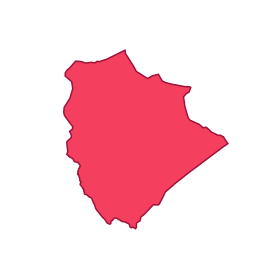 Lom-Et-Djerem, Est, Cameroon, rotated 143°
{"feature_id": "32672807B76674513300734", "entity_name": "Lom-Et-Djerem", "entity_type": "district", "adm_level": 2, "iso_a3": "CMR", "parent_name": "Cameroon", "parent_adm1": "Est", "projection": "natural_earth1", "projection_center": [14.12, 5.232], "detail": "fine", "context": "isolated", "style": "filled", "palette": "rose", "viewbox_px": 256, "rotation_deg": 143, "n_neighbors": 0, "source": "geoboundaries", "source_scale": "gbopen_adm2", "svg_char_len": 2245}
<svg xmlns="http://www.w3.org/2000/svg" viewBox="0 0 256 256"><g transform="rotate(143 128 128)"><path d="M57.6,55.4L57.5,59.6L57.1,63.5L58.7,66.8L60.4,67.9L63.7,74.3L65.0,81.4L68.0,83.2L68.9,88.1L72.3,94.1L73.8,97.0L73.8,99.9L69.8,110.7L67.1,115.4L65.0,119.4L61.4,120.3L57.4,120.0L53.5,122.6L54.0,123.9L58.0,127.1L63.3,133.0L66.5,136.4L70.5,141.5L72.4,144.8L72.0,148.2L71.4,152.6L77.4,155.1L82.6,155.7L87.3,168.2L86.5,173.3L86.4,174.0L85.2,189.0L83.5,191.9L91.7,193.5L103.4,195.7L109.6,197.8L111.1,198.3L112.4,199.8L115.4,200.0L118.0,202.7L122.4,205.1L125.5,209.3L129.5,212.9L133.5,212.1L138.7,211.1L142.1,210.8L145.0,209.7L146.9,207.3L145.1,198.9L148.5,192.6L156.7,186.6L166.5,182.9L169.9,179.2L171.2,176.1L171.4,167.2L171.3,162.6L171.9,161.7L173.3,160.4L176.6,160.6L177.7,156.0L179.5,154.3L184.3,154.1L185.8,153.0L188.7,148.1L190.4,145.3L192.7,143.8L192.2,140.2L190.5,136.8L191.1,133.5L188.8,130.7L188.6,127.0L190.2,125.7L192.0,125.1L193.8,123.5L194.0,123.6L194.1,123.4L194.5,122.7L194.8,122.6L195.1,121.9L195.9,121.6L196.1,121.3L196.0,121.1L195.6,120.8L195.7,120.3L196.1,119.9L196.1,119.0L196.4,118.2L197.5,115.7L198.1,114.9L198.2,113.8L198.0,113.4L198.1,113.1L198.4,113.0L198.6,112.9L198.9,112.5L199.6,112.3L200.1,111.9L200.3,111.1L200.1,109.1L200.1,108.5L200.5,106.8L200.5,106.2L200.3,105.6L200.5,105.1L200.8,105.1L201.1,104.6L201.5,103.7L201.5,102.9L202.5,101.7L202.5,101.3L201.4,99.9L200.9,98.7L200.7,97.1L200.5,96.3L199.7,95.1L199.5,93.9L199.5,92.8L199.7,92.2L200.1,91.1L200.1,90.4L200.4,89.6L200.8,88.5L200.8,87.4L201.4,85.2L202.2,83.3L202.4,80.4L202.2,77.9L202.2,77.5L202.1,71.9L201.6,69.2L201.6,67.7L201.7,65.9L201.8,65.3L201.7,64.4L200.7,62.4L199.9,62.0L199.2,62.1L197.9,63.5L197.5,63.8L197.0,64.1L196.2,63.5L193.9,64.2L192.9,64.2L192.5,63.9L192.2,63.8L191.7,63.2L191.1,62.6L190.9,61.9L190.8,60.7L190.4,60.3L190.4,60.2L190.1,60.0L189.8,59.3L189.3,57.4L188.8,56.6L187.5,55.4L186.4,54.2L185.9,52.4L185.2,51.4L185.0,50.7L185.1,50.3L185.4,48.9L185.5,48.7L185.9,47.6L185.5,46.6L185.5,46.4L183.8,46.0L182.6,43.1L181.2,43.5L178.3,47.1L174.2,46.6L171.4,49.1L166.6,49.3L154.0,51.5L150.3,48.4L148.8,48.4L144.0,50.7L136.8,54.4L122.7,55.4L104.1,55.8L96.9,55.7L64.5,55.7L57.6,55.4Z" fill="#f43f5e" stroke="#9f1239" stroke-width="1.5"/></g></svg>